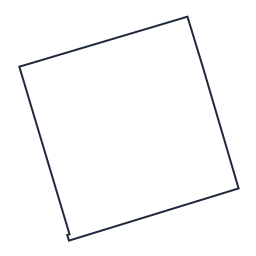 Jones, Texas, United States of America (orthographic projection), rotated 73°
{"feature_id": "52423323B81114604697536", "entity_name": "Jones", "entity_type": "district", "adm_level": 2, "iso_a3": "USA", "parent_name": "United States of America", "parent_adm1": "Texas", "projection": "orthographic", "projection_center": [-99.797, 32.737], "detail": "fine", "context": "isolated", "style": "outline", "palette": "slate", "viewbox_px": 256, "rotation_deg": 73, "n_neighbors": 0, "source": "geoboundaries", "source_scale": "gbopen_adm2", "svg_char_len": 254}
<svg xmlns="http://www.w3.org/2000/svg" viewBox="0 0 256 256"><g transform="rotate(73 128 128)"><path d="M218.1,39.9L91.2,38.6L38.9,38.6L37.6,214.0L212.5,215.0L212.5,217.4L218.4,217.4L218.1,39.9Z" fill="none" stroke="#1e293b" stroke-width="2"/></g></svg>